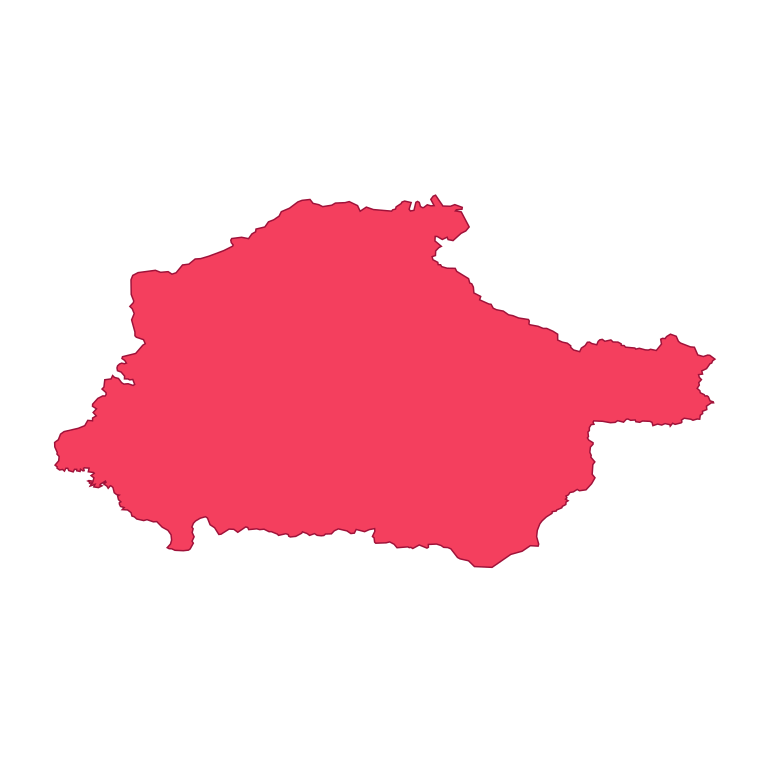 outline of Nakhon Thai, Phitsanulok, Thailand, rotated 88°
{"feature_id": "78962969B15017109153074", "entity_name": "Nakhon Thai", "entity_type": "district", "adm_level": 2, "iso_a3": "THA", "parent_name": "Thailand", "parent_adm1": "Phitsanulok", "projection": "equal_earth", "projection_center": [100.905, 17.13], "detail": "fine", "context": "isolated", "style": "filled", "palette": "rose", "viewbox_px": 768, "rotation_deg": 88, "n_neighbors": 0, "source": "geoboundaries", "source_scale": "gbopen_adm2", "svg_char_len": 6120}
<svg xmlns="http://www.w3.org/2000/svg" viewBox="0 0 768 768"><g transform="rotate(88 384 384)"><path d="M207.4,365.7L209.6,366.4L210.2,369.2L211.5,370.4L209.3,388.5L206.6,395.5L210.5,401.8L204.8,404.2L200.5,412.4L201.4,416.5L201.5,426.3L203.5,430.0L204.6,439.1L202.5,442.9L201.0,448.6L197.0,451.5L197.6,459.5L199.0,463.7L205.0,472.3L208.2,480.6L212.6,483.0L216.1,488.6L217.9,493.8L222.9,497.6L224.7,506.5L227.4,507.0L229.4,510.8L234.0,514.3L232.4,521.2L233.3,531.1L234.9,532.1L237.4,531.7L239.8,529.9L241.0,530.5L245.1,539.5L250.2,554.7L252.3,562.8L252.5,568.4L257.4,574.8L258.0,581.2L265.6,587.9L266.8,592.1L264.2,595.8L264.6,603.4L262.4,608.5L264.1,625.9L266.7,631.3L271.0,633.2L285.7,633.5L292.3,631.2L294.0,631.7L297.6,635.3L300.0,633.0L304.9,631.2L311.1,634.0L323.4,631.1L327.1,631.2L328.6,629.9L331.3,622.8L335.4,621.2L336.8,623.7L344.8,631.1L347.6,644.4L349.4,645.0L351.4,642.3L354.1,640.7L354.7,642.6L354.0,645.5L354.8,647.6L356.5,649.6L358.6,650.3L361.4,649.9L362.9,646.3L367.0,643.0L369.8,643.2L370.0,639.7L371.0,638.0L370.7,634.9L375.7,633.2L376.7,634.8L374.8,639.7L375.0,644.0L373.5,646.2L369.2,649.2L368.0,653.1L366.1,654.9L369.4,656.6L370.0,662.9L377.3,664.0L379.2,666.0L382.8,662.2L384.7,662.0L386.3,663.2L386.1,665.5L388.4,670.5L394.0,675.9L396.1,676.1L398.8,672.2L402.3,675.7L405.8,672.7L407.8,676.4L410.6,676.6L410.0,681.3L415.2,684.5L417.6,691.1L420.4,705.4L422.8,709.0L428.3,711.4L430.9,715.2L435.4,715.2L441.1,712.9L442.6,713.3L445.1,711.2L449.4,711.8L453.6,715.6L455.4,713.5L456.7,713.7L458.6,711.2L458.2,708.2L459.9,706.4L457.1,704.8L457.2,703.0L459.5,702.1L461.0,697.7L458.5,696.3L458.6,694.1L460.0,694.1L460.8,690.8L458.6,690.3L460.3,687.8L460.1,686.7L457.8,687.2L457.3,686.4L457.8,681.7L461.4,682.6L462.3,677.4L463.1,676.7L465.3,680.0L467.6,677.2L471.0,678.2L470.2,682.3L470.6,683.3L471.4,681.9L472.8,681.8L472.5,678.0L473.2,679.8L475.7,681.2L474.2,676.3L476.7,677.6L477.6,673.0L475.9,669.4L475.0,671.5L474.0,670.7L471.3,665.8L472.6,665.3L474.1,667.6L476.4,664.5L478.6,663.3L476.1,661.0L476.7,659.8L478.0,658.5L483.2,657.4L485.2,655.1L485.8,652.6L486.7,654.1L490.3,653.4L492.6,651.1L493.5,652.7L494.9,652.6L497.2,651.6L498.4,648.0L500.4,650.0L500.9,644.7L503.7,641.3L507.2,640.5L508.0,638.2L510.3,635.8L512.1,628.9L511.3,625.6L513.7,619.3L513.6,615.9L519.3,610.7L522.7,605.0L527.2,602.1L532.6,601.7L536.5,603.0L540.0,606.4L541.1,604.5L541.3,601.9L542.9,598.7L543.6,590.4L543.2,585.2L542.1,583.5L536.4,580.1L534.4,581.3L530.1,579.1L525.7,580.9L522.0,579.8L520.3,581.0L516.5,579.3L514.3,577.1L511.7,572.3L510.4,567.0L511.8,565.1L518.6,562.7L521.7,558.3L528.6,554.3L528.4,552.1L523.6,543.9L524.0,539.1L527.1,535.3L522.0,527.2L522.6,525.2L524.8,524.3L524.3,516.2L525.2,513.3L524.9,509.0L527.6,504.0L527.6,501.8L530.3,495.8L531.6,494.7L530.2,487.3L531.1,485.0L532.8,484.5L533.6,483.0L533.2,477.5L530.2,471.4L528.9,470.7L530.8,466.0L532.7,463.7L531.1,458.7L532.9,456.1L533.5,452.0L533.3,449.4L531.9,447.7L531.9,441.8L528.9,438.7L527.2,434.7L529.5,426.2L532.3,422.3L532.0,418.8L528.4,416.9L530.9,408.5L529.0,403.8L528.2,398.4L530.9,398.3L536.0,400.9L537.4,399.3L541.7,398.9L542.8,397.9L542.8,387.4L542.0,383.8L544.5,379.5L548.1,376.7L547.6,365.9L548.4,364.5L548.2,362.8L549.4,361.0L546.1,354.4L549.5,346.8L548.7,345.3L545.9,345.3L545.8,337.1L547.4,332.6L549.3,330.1L549.7,325.9L551.1,322.9L559.9,316.6L561.4,314.1L563.6,305.7L569.6,300.0L571.0,282.4L558.7,263.2L555.9,251.7L550.7,243.4L551.4,235.6L549.4,235.0L541.9,236.8L535.6,235.9L529.1,233.1L526.3,230.8L522.5,226.4L519.1,220.6L517.4,220.3L517.0,216.3L515.9,215.8L513.9,210.6L512.5,210.0L510.8,206.5L508.3,206.2L507.1,204.1L505.4,206.6L504.1,205.2L502.3,206.0L501.2,203.6L498.9,202.0L498.4,198.5L496.1,194.6L497.5,192.4L496.8,185.8L490.9,180.0L485.1,176.4L481.5,179.1L471.8,178.1L469.2,176.0L464.4,179.8L462.5,179.4L459.4,180.7L454.2,179.9L451.5,177.2L450.0,177.1L447.3,181.2L445.0,182.6L443.7,181.5L439.2,181.9L437.7,180.4L434.7,180.3L431.8,178.3L431.6,175.6L429.4,176.4L428.2,175.6L428.9,166.8L430.6,159.0L430.4,154.3L428.8,151.8L430.5,145.9L427.7,143.1L427.5,141.4L428.9,138.8L428.7,134.2L430.5,133.6L431.2,129.7L430.0,127.0L430.6,119.5L431.7,117.5L435.0,116.7L433.6,112.0L434.7,107.9L433.4,104.5L434.6,99.7L436.1,99.4L433.3,96.9L434.5,94.5L433.2,88.4L432.4,87.6L430.5,88.0L428.7,85.2L429.9,78.6L431.0,76.5L429.9,72.2L430.2,69.7L426.2,69.0L424.7,66.6L422.4,66.7L420.8,62.3L417.4,62.5L414.3,57.6L414.3,55.3L413.3,55.6L412.2,58.7L408.1,60.3L407.1,61.6L407.2,63.6L405.8,64.4L403.8,68.2L401.7,68.6L399.3,71.2L396.1,68.9L393.6,69.4L390.7,66.6L388.3,68.7L385.6,69.3L385.2,65.3L382.0,66.0L379.9,61.1L375.1,57.5L374.5,55.8L372.2,54.7L370.7,52.4L366.7,57.4L366.4,59.5L367.7,63.9L365.9,69.4L358.1,72.5L357.6,76.5L353.4,86.3L351.6,88.3L346.5,90.3L344.2,96.0L346.5,100.0L348.4,101.4L348.1,104.1L348.9,105.9L353.8,105.3L360.0,110.7L358.6,116.4L359.3,118.6L359.0,121.7L357.2,127.6L357.9,131.2L356.8,132.0L355.6,141.4L354.0,142.6L353.7,145.5L352.1,145.6L350.3,148.7L350.0,153.6L347.9,155.7L349.0,161.8L347.0,164.3L347.4,166.8L348.9,168.5L352.2,170.0L350.8,175.0L349.3,177.1L349.4,179.3L352.6,181.6L355.0,185.5L358.5,187.3L356.6,193.4L353.8,196.2L352.4,196.0L349.6,199.4L348.4,204.2L346.1,208.9L340.3,208.7L337.2,213.2L334.1,219.5L334.0,223.0L331.7,228.0L329.9,236.1L329.0,237.1L326.1,236.6L324.6,237.4L322.7,247.2L320.2,252.8L319.2,257.1L315.3,262.2L313.7,269.0L312.1,272.2L308.1,274.2L307.7,276.4L303.2,285.5L299.9,284.3L296.1,291.0L290.3,291.3L287.0,292.8L286.0,294.8L281.7,295.8L274.0,307.4L270.9,308.8L270.5,316.8L268.7,322.3L266.8,323.3L266.6,325.7L264.3,326.0L261.5,330.8L258.4,331.5L257.4,328.1L252.8,327.7L249.6,324.4L248.4,321.9L242.8,328.1L238.3,327.7L238.4,325.7L241.6,320.7L239.5,315.8L241.9,314.9L243.1,310.0L236.1,301.7L233.9,296.9L230.0,293.4L214.7,300.8L213.5,306.6L212.4,305.6L212.1,300.0L210.2,299.6L207.2,307.0L208.7,311.4L208.2,318.9L197.1,325.9L198.0,328.3L201.1,330.8L207.5,327.7L207.6,330.9L206.4,334.5L209.0,338.1L209.1,339.4L207.9,341.4L203.8,342.4L202.7,344.1L203.6,345.8L211.5,348.0L212.0,351.6L210.2,352.8L203.6,350.5L201.9,357.0L202.8,359.7L204.3,360.6L207.4,365.7Z" fill="#f43f5e" stroke="#9f1239" stroke-width="1.5"/></g></svg>